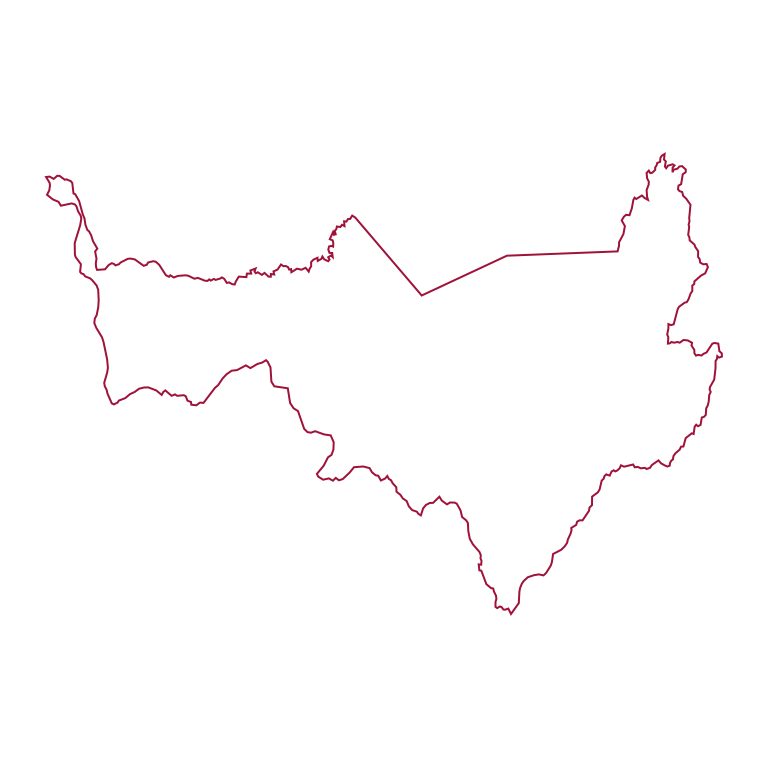 the district of Alvorada D'Oeste, Rondônia, Brazil
{"feature_id": "56859067B19178771138394", "entity_name": "Alvorada D'Oeste", "entity_type": "district", "adm_level": 2, "iso_a3": "BRA", "parent_name": "Brazil", "parent_adm1": "Rondônia", "projection": "equal_earth", "projection_center": [-62.615, -11.332], "detail": "fine", "context": "isolated", "style": "outline", "palette": "rose", "viewbox_px": 768, "rotation_deg": 0, "n_neighbors": 0, "source": "geoboundaries", "source_scale": "gbopen_adm2", "svg_char_len": 6070}
<svg xmlns="http://www.w3.org/2000/svg" viewBox="0 0 768 768"><path d="M721.8,353.4L719.4,351.2L718.3,343.6L714.3,343.0L712.3,343.7L706.5,352.5L703.5,353.8L701.6,355.5L698.1,354.9L696.0,355.6L694.4,353.2L694.3,349.9L691.5,345.5L692.1,342.8L687.7,340.4L683.5,340.0L679.7,342.7L677.6,342.0L674.0,342.7L671.4,342.0L669.9,343.3L667.9,343.6L668.3,337.2L667.2,334.5L668.4,328.3L668.4,324.1L671.0,325.1L673.7,324.3L677.7,309.2L679.0,306.8L684.6,302.7L686.8,302.1L688.6,299.1L690.6,293.5L692.3,291.0L692.3,285.6L694.2,284.0L694.4,281.4L701.0,275.6L705.2,273.3L707.9,267.1L706.6,264.0L703.3,264.3L700.2,262.6L699.7,259.2L698.1,257.0L698.1,251.1L695.3,247.0L694.4,244.5L689.7,240.4L689.4,237.4L688.2,234.9L689.2,226.9L688.6,224.7L689.5,221.3L689.2,218.0L690.5,204.8L686.4,198.9L683.1,195.7L682.2,192.0L679.5,191.1L678.0,189.3L678.5,185.6L681.1,184.2L682.8,174.2L685.7,172.2L685.8,169.5L682.0,166.1L679.4,166.5L677.4,168.7L673.7,169.7L672.5,172.3L672.6,167.6L674.5,165.4L672.7,164.3L667.9,165.7L666.2,168.2L664.9,166.5L665.8,161.4L664.0,159.5L664.6,154.0L661.7,155.8L660.4,158.0L660.1,161.8L657.2,163.0L656.6,165.4L655.2,167.4L655.2,169.9L652.3,172.7L650.3,173.1L648.8,170.6L646.6,173.0L647.1,178.2L648.8,181.7L648.7,184.5L646.6,190.1L647.1,196.8L648.0,199.9L644.6,198.0L641.9,195.5L636.2,199.0L634.6,197.7L633.4,199.8L631.8,208.4L629.5,215.2L626.1,214.8L623.9,216.7L621.7,220.4L624.9,226.1L623.4,234.1L619.1,242.2L619.0,245.8L617.6,251.4L506.9,255.7L421.7,295.5L355.2,217.5L352.2,215.6L350.2,218.9L348.0,219.0L346.4,221.6L344.1,221.3L344.5,226.1L342.0,224.8L340.4,227.0L336.9,226.5L336.3,229.1L334.7,231.0L335.7,234.3L333.9,234.8L333.0,232.1L329.8,239.2L332.7,240.4L333.3,243.2L333.1,246.6L331.2,245.9L329.1,246.4L328.3,249.5L329.5,252.9L332.2,253.0L332.7,257.1L331.0,255.5L328.2,257.2L329.5,259.6L328.2,261.2L324.3,259.4L322.4,256.5L321.4,258.9L317.7,260.9L317.5,257.8L313.5,259.6L311.1,262.1L311.2,266.2L309.5,269.0L308.7,271.6L305.6,267.8L301.5,269.7L297.0,268.7L291.4,272.2L291.1,269.1L289.2,269.6L288.0,267.1L285.7,266.0L283.4,266.2L281.0,264.5L277.5,269.6L273.5,271.4L274.2,274.5L270.9,274.0L270.8,276.7L268.5,276.6L264.5,272.9L261.9,274.9L257.8,272.3L255.8,273.2L254.5,271.5L255.6,268.5L250.4,270.5L251.2,273.6L246.9,273.6L246.4,277.1L238.8,276.6L235.8,281.5L234.7,284.5L232.3,284.2L229.0,282.4L226.8,282.9L224.3,278.9L221.9,277.4L220.3,278.5L215.6,279.9L213.9,278.9L210.8,280.6L209.2,279.4L207.5,280.9L204.9,280.7L197.9,277.9L194.4,278.7L188.2,275.7L185.5,275.3L177.9,275.9L173.8,277.5L170.3,275.3L169.0,276.8L165.9,275.2L159.2,264.8L155.9,261.8L153.2,261.2L148.1,262.5L146.7,264.8L143.7,265.8L134.8,259.4L130.7,258.6L127.8,258.8L120.6,262.5L119.0,264.2L115.6,265.4L113.7,263.8L111.7,263.2L108.5,265.2L105.1,269.3L97.1,269.9L96.1,267.2L95.8,263.4L96.5,258.6L95.1,251.5L97.3,248.6L93.0,241.2L91.2,235.4L89.1,231.4L87.3,229.9L85.4,224.7L84.5,218.4L82.9,214.8L79.1,201.0L75.2,194.2L73.5,193.5L72.3,183.1L70.9,181.2L66.6,179.4L64.7,179.7L59.6,175.9L57.2,175.8L53.7,178.9L49.6,176.6L46.1,177.0L49.6,182.8L50.0,185.5L49.3,190.3L47.0,194.8L53.0,199.5L58.5,201.8L60.9,205.7L71.7,203.4L75.0,204.5L76.5,206.4L78.0,211.2L80.6,215.5L81.3,218.4L80.2,225.2L74.7,243.1L74.9,254.6L75.6,257.0L80.9,264.2L80.1,271.9L81.5,273.5L83.5,274.1L85.2,276.4L90.0,278.3L92.2,280.2L96.6,285.5L98.2,289.8L98.7,300.2L98.2,307.6L96.7,315.0L94.8,318.7L94.3,323.0L96.3,327.9L102.0,337.3L103.5,341.9L107.1,359.2L107.9,367.8L107.2,372.5L104.2,382.8L104.8,386.3L106.6,389.8L107.4,393.4L111.8,403.4L113.9,404.4L117.7,402.5L118.8,400.6L125.3,398.1L129.9,394.2L134.8,391.9L138.9,388.8L144.0,387.5L148.3,387.4L156.2,390.4L161.7,394.9L163.3,392.0L165.3,390.4L171.6,395.8L175.0,394.4L177.2,395.8L183.9,395.2L185.8,396.3L187.5,400.7L191.0,402.0L191.3,404.7L196.3,405.3L200.0,402.6L203.5,402.9L215.0,387.8L218.1,385.2L222.6,378.5L226.5,374.3L231.7,370.7L237.0,370.1L245.9,365.4L250.4,368.1L257.5,363.9L261.9,362.7L266.1,360.2L267.7,361.8L270.5,367.5L271.4,381.7L274.3,386.3L287.8,388.3L290.1,403.0L293.6,408.3L298.0,411.1L304.2,428.9L307.5,432.1L311.0,432.7L315.1,431.2L324.0,434.4L330.7,435.4L333.7,442.2L333.4,449.7L331.5,454.9L328.0,457.3L323.7,465.7L316.9,473.9L318.2,476.6L323.1,479.7L328.9,478.4L332.9,480.7L335.8,477.9L338.9,480.3L342.7,479.1L349.6,472.6L354.0,467.2L363.3,466.5L369.6,468.1L372.0,472.3L375.7,475.3L378.2,475.7L380.9,480.5L385.2,478.5L387.3,476.0L388.9,479.0L391.0,480.2L392.7,483.3L396.3,487.2L396.5,491.7L400.4,494.8L402.8,498.4L406.7,501.1L408.8,506.3L412.2,510.1L416.9,511.7L418.4,513.9L420.9,515.4L423.1,508.4L425.9,505.0L429.7,503.0L433.2,502.8L439.4,496.7L441.8,500.6L447.0,504.4L450.0,502.5L454.5,502.6L456.7,503.6L460.5,510.3L462.1,517.0L466.1,520.3L467.9,522.9L468.3,531.1L469.8,538.8L472.8,544.2L479.5,552.0L480.8,555.2L480.5,558.5L481.5,560.8L481.2,564.7L478.7,564.4L479.4,570.4L481.3,570.7L486.4,584.2L491.0,588.1L493.2,588.5L494.0,591.6L496.0,595.7L496.4,598.8L495.5,602.0L495.5,606.9L497.2,608.1L499.9,606.5L501.7,607.1L503.3,609.5L505.1,609.7L508.3,608.6L511.0,614.0L518.8,603.1L519.4,591.6L520.1,588.0L521.8,583.8L523.7,581.0L527.9,577.2L534.3,575.1L539.0,574.4L543.5,575.4L546.2,572.9L550.8,565.5L551.9,562.1L553.1,554.0L561.2,549.8L564.6,546.5L567.1,542.9L567.9,539.4L570.6,533.6L571.5,530.3L571.3,527.9L576.2,524.9L577.1,521.7L579.6,520.3L582.6,520.3L589.0,510.8L589.5,507.6L592.0,505.1L592.1,496.6L597.8,492.4L599.6,489.5L601.7,480.6L603.7,478.7L604.4,476.2L606.2,474.4L609.7,475.6L611.6,471.5L613.6,470.3L615.3,471.4L617.2,470.5L619.6,468.3L621.0,465.3L624.1,466.7L633.1,464.5L634.8,467.3L637.8,466.9L640.7,468.3L645.0,467.9L646.6,469.0L650.0,467.8L651.9,465.0L658.5,460.4L661.0,463.3L664.4,465.2L667.2,466.5L669.7,465.7L669.9,463.3L671.2,460.8L672.9,459.4L673.5,456.0L675.4,453.3L679.7,449.6L681.0,446.7L683.4,446.5L685.7,438.1L691.8,433.3L693.6,434.0L694.7,426.6L696.2,424.7L697.9,426.2L700.5,425.0L701.8,417.5L703.9,416.9L705.8,414.9L706.2,408.3L707.7,405.6L708.7,401.6L709.2,395.2L710.7,391.9L709.6,389.5L710.0,387.1L714.2,379.6L715.5,368.4L715.6,360.9L716.8,359.3L717.3,356.1L719.0,357.6L721.9,356.6L721.8,353.4Z" fill="none" stroke="#9f1239" stroke-width="2"/></svg>